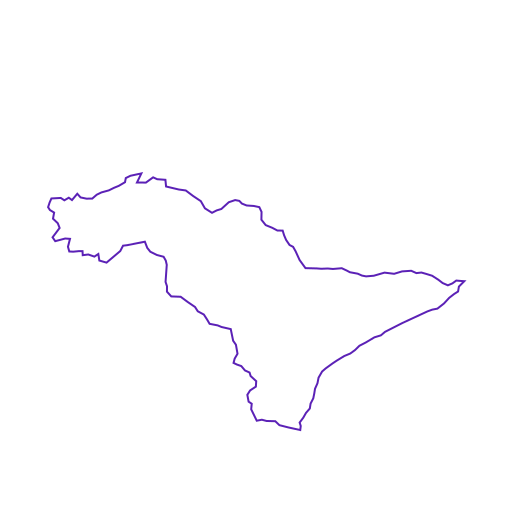 Buritinópolis, Goiás, Brazil (Equal Earth projection), rotated 54°
{"feature_id": "56859067B12630589469330", "entity_name": "Buritinópolis", "entity_type": "district", "adm_level": 2, "iso_a3": "BRA", "parent_name": "Brazil", "parent_adm1": "Goiás", "projection": "equal_earth", "projection_center": [-46.305, -14.393], "detail": "fine", "context": "isolated", "style": "outline", "palette": "violet", "viewbox_px": 512, "rotation_deg": 54, "n_neighbors": 0, "source": "geoboundaries", "source_scale": "gbopen_adm2", "svg_char_len": 2353}
<svg xmlns="http://www.w3.org/2000/svg" viewBox="0 0 512 512"><g transform="rotate(54 256 256)"><path d="M161.5,387.1L161.7,382.4L167.6,385.4L173.5,380.8L172.2,362.9L169.5,357.5L171.5,353.9L179.1,337.5L185.5,339.2L190.4,339.0L196.9,335.6L202.3,331.2L206.7,331.7L210.7,333.4L223.8,344.4L228.2,345.8L232.5,349.0L238.9,348.3L244.7,340.9L253.0,338.3L261.4,335.3L266.5,335.6L272.7,332.6L278.4,332.9L283.6,333.4L289.6,327.8L293.2,325.6L300.3,319.4L311.1,324.3L316.0,324.4L324.2,328.4L326.5,333.6L329.3,337.0L332.5,335.3L336.4,332.6L342.1,332.2L346.5,329.7L349.9,330.9L357.4,329.4L361.6,332.9L361.3,339.8L363.2,344.6L369.5,347.6L373.0,346.3L377.2,350.0L385.1,351.4L389.7,352.2L391.9,347.5L395.7,344.4L401.0,337.5L406.6,336.5L413.7,330.6L422.8,322.5L419.8,319.7L416.4,318.6L414.6,312.8L412.3,307.7L411.0,302.1L407.5,298.6L404.8,293.3L401.4,289.6L398.1,286.3L395.1,281.1L391.2,276.9L388.3,270.4L387.9,265.7L387.9,257.1L388.1,252.2L388.8,243.4L390.3,237.1L390.3,231.2L389.4,225.1L390.5,218.0L391.4,208.0L393.6,201.6L393.2,196.2L396.3,176.7L401.6,149.8L403.0,144.9L405.2,140.2L404.9,131.8L403.4,124.3L403.2,118.0L403.5,113.4L400.0,109.8L398.8,102.3L396.3,105.3L393.6,108.4L393.6,113.2L392.5,118.0L387.6,120.9L382.5,122.4L375.5,125.1L370.7,128.7L366.6,131.9L364.1,136.3L359.2,139.1L354.3,146.9L351.6,154.7L345.0,161.8L341.2,172.3L337.2,178.9L334.1,181.8L330.1,184.1L324.3,189.6L321.2,191.1L316.3,193.8L311.7,201.4L308.3,205.3L304.7,210.7L301.8,214.1L294.9,223.1L284.9,223.1L275.5,221.2L270.4,220.6L266.8,222.4L260.7,222.2L255.8,221.1L251.1,219.5L248.0,223.7L242.7,226.3L236.7,230.0L229.8,230.3L223.6,225.6L218.4,224.6L214.2,228.4L209.6,233.9L205.3,236.6L201.6,237.1L198.5,240.0L196.5,246.4L197.6,256.4L196.0,261.0L195.2,266.2L187.4,269.3L179.2,268.4L170.5,271.6L161.7,274.3L156.8,279.4L146.9,287.9L141.1,284.5L135.8,290.8L131.9,293.0L131.9,301.9L126.6,309.1L121.8,300.2L117.3,310.4L116.4,315.5L119.3,318.6L118.6,325.8L117.4,330.7L116.4,336.5L113.7,343.7L112.8,348.8L113.3,354.8L109.9,359.5L105.5,363.5L100.6,364.0L102.6,372.0L98.8,373.2L98.3,378.3L94.3,379.8L92.1,383.2L89.2,387.7L91.4,391.5L94.3,395.5L97.7,395.7L102.2,393.8L106.5,398.3L113.0,397.1L117.9,398.4L121.3,409.6L126.0,409.7L129.7,400.1L132.8,396.4L138.0,402.7L142.6,404.4L145.1,401.3L147.8,396.7L150.1,393.5L153.5,395.7L156.2,390.8L161.5,387.1Z" fill="none" stroke="#5b21b6" stroke-width="2"/></g></svg>